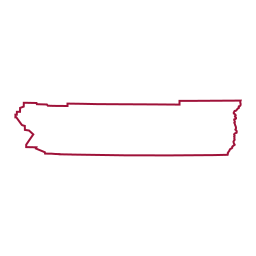 the district of Riverside, California, United States of America
{"feature_id": "52423323B62695195222235", "entity_name": "Riverside", "entity_type": "district", "adm_level": 2, "iso_a3": "USA", "parent_name": "United States of America", "parent_adm1": "California", "projection": "albers", "projection_center": [-115.203, 33.753], "detail": "fine", "context": "isolated", "style": "outline", "palette": "rose", "viewbox_px": 256, "rotation_deg": 0, "n_neighbors": 0, "source": "geoboundaries", "source_scale": "gbopen_adm2", "svg_char_len": 2527}
<svg xmlns="http://www.w3.org/2000/svg" viewBox="0 0 256 256"><path d="M240.6,100.6L185.6,100.9L179.5,100.9L179.5,104.6L153.3,104.4L133.1,104.3L111.1,104.2L96.4,104.1L82.0,103.8L67.5,103.6L67.5,106.0L55.3,105.9L54.1,105.9L47.8,105.7L46.9,104.5L43.8,104.4L36.9,104.2L36.5,103.0L26.2,102.8L23.8,102.8L23.8,104.0L23.7,106.6L20.1,107.9L20.0,111.8L16.9,111.8L16.8,114.7L15.4,114.7L15.5,116.2L15.4,116.3L15.4,117.3L16.3,117.3L21.8,124.9L22.6,125.3L24.4,125.8L24.8,125.9L24.9,129.9L29.0,130.5L33.3,134.4L30.0,139.1L26.2,144.7L26.2,147.1L36.4,147.3L35.9,148.5L39.2,149.9L43.6,151.7L44.2,152.0L44.8,152.2L45.1,153.6L51.8,153.7L55.5,154.0L59.5,154.1L59.5,154.3L71.5,154.5L71.9,154.6L74.2,154.6L123.7,155.3L125.7,155.3L168.8,155.4L213.3,155.1L227.6,154.8L227.9,153.6L227.8,153.0L227.9,152.9L228.6,151.7L228.9,151.3L229.3,150.8L229.5,150.5L229.6,150.0L230.0,149.3L230.3,149.0L230.8,148.7L231.3,148.6L231.6,148.4L232.2,147.8L232.2,147.7L232.2,147.2L232.3,146.6L233.5,145.6L234.7,144.8L234.7,144.7L234.5,144.4L233.9,143.4L233.6,142.4L233.5,141.5L234.3,140.2L234.5,140.1L234.6,139.9L234.6,139.6L234.6,139.4L234.4,139.2L234.3,138.9L234.3,138.5L234.4,138.3L234.5,138.0L234.5,137.7L234.4,137.3L234.3,137.1L234.3,136.8L234.2,136.6L234.4,136.4L234.5,136.1L234.6,135.9L234.6,135.6L234.5,135.4L234.4,135.3L234.3,135.1L234.2,134.8L234.1,134.5L234.2,134.2L234.4,133.9L234.7,133.6L235.0,133.4L235.5,133.1L236.0,133.0L236.6,132.7L236.7,131.7L236.7,131.2L236.5,130.8L236.2,130.6L236.1,130.4L236.0,130.1L235.8,129.9L235.6,129.7L235.4,129.6L235.7,128.9L235.9,128.5L236.0,128.1L236.0,127.7L235.9,127.4L235.8,126.7L235.1,125.0L234.9,124.1L234.3,122.8L234.4,122.7L234.7,122.5L234.8,122.2L234.9,121.9L234.8,121.7L234.6,121.1L234.5,120.8L234.2,120.0L234.2,119.7L234.2,119.4L234.4,119.2L234.5,119.2L235.1,119.2L235.8,118.7L236.0,118.5L236.0,118.3L236.0,117.8L235.9,117.6L235.3,117.1L235.1,116.8L235.0,116.7L234.9,116.5L234.9,116.4L234.9,116.2L235.0,116.1L235.3,115.8L235.4,115.7L235.6,115.6L235.7,115.3L235.6,115.2L235.4,114.7L234.9,114.2L234.4,113.8L234.2,113.7L233.8,113.5L233.8,113.3L233.7,112.8L234.2,111.7L234.6,111.0L235.1,110.8L235.4,110.9L235.5,110.9L236.2,110.5L236.5,110.1L237.2,109.3L237.3,109.1L237.4,108.9L237.8,108.6L238.2,108.3L238.4,107.9L238.5,107.8L238.8,107.8L238.8,107.7L238.9,107.3L238.7,106.9L238.7,106.7L238.8,106.4L239.0,106.4L239.3,106.3L239.6,106.2L240.0,105.9L240.3,105.6L240.4,105.4L240.6,104.9L240.6,104.1L240.6,103.7L240.4,103.0L240.3,102.7L240.3,102.4L240.4,101.2L240.6,100.6Z" fill="none" stroke="#9f1239" stroke-width="2"/></svg>